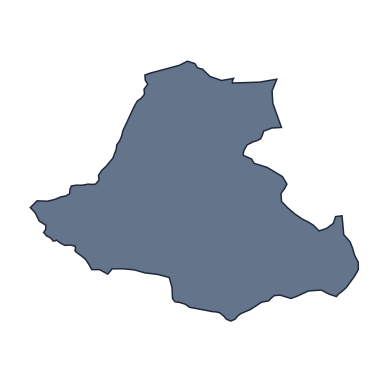 Anurādhapura, Natural Earth projection, rotated 87°
{"feature_id": "LKA-2455", "entity_name": "Anurādhapura", "entity_type": "District", "adm_level": 1, "iso_a3": "LKA", "parent_name": "Sri Lanka", "parent_adm1": "", "projection": "natural_earth1", "projection_center": [80.531, 8.366], "detail": "fine", "context": "isolated", "style": "filled", "palette": "slate", "viewbox_px": 384, "rotation_deg": 87, "n_neighbors": 0, "source": "natural_earth", "source_scale": "10m", "svg_char_len": 1859}
<svg xmlns="http://www.w3.org/2000/svg" viewBox="0 0 384 384"><g transform="rotate(87 192 192)"><path d="M307.0,200.5L303.7,204.5L301.8,209.7L300.7,214.8L297.5,217.0L286.2,217.0L276.2,219.2L272.5,230.5L270.4,242.9L266.7,254.0L265.0,265.5L264.6,275.7L269.6,280.4L264.7,288.4L264.3,296.2L259.0,298.7L254.2,301.5L250.9,304.8L246.0,310.8L244.5,312.0L242.6,311.4L240.1,311.4L238.6,316.1L238.7,321.6L236.3,325.9L233.0,329.8L233.6,331.1L233.7,333.2L232.1,334.3L230.3,335.8L228.4,339.3L224.7,342.3L221.6,340.0L217.5,339.8L213.0,346.1L204.5,349.7L199.1,354.3L192.7,347.2L193.6,337.0L192.4,330.0L190.0,323.2L189.3,318.2L187.2,314.2L183.1,313.8L179.6,312.1L179.1,307.0L179.5,301.6L178.7,295.3L179.2,291.6L179.1,287.9L175.3,284.3L170.5,284.5L165.9,281.2L161.8,276.4L154.1,269.3L145.7,265.5L141.0,264.7L137.2,261.6L132.4,259.3L127.4,257.9L104.0,245.5L98.5,242.0L95.7,237.8L91.9,234.3L86.8,234.5L82.2,230.6L77.9,232.8L72.7,232.9L71.1,227.6L64.8,197.9L61.1,189.7L63.9,182.4L68.1,180.1L69.3,177.4L69.6,175.4L77.6,167.9L82.2,156.6L80.7,144.5L82.8,145.7L85.3,146.0L85.8,118.7L83.8,101.4L95.1,106.7L107.5,106.7L132.2,99.3L132.3,108.9L134.9,117.2L138.8,118.7L142.5,120.7L144.1,124.3L145.1,128.3L147.8,134.5L153.1,137.8L155.8,138.7L158.2,138.8L162.1,130.8L166.6,128.5L171.3,115.8L181.3,100.9L189.1,96.8L193.8,99.6L198.1,103.2L206.1,103.1L212.9,97.2L219.3,90.5L224.9,83.1L227.9,77.6L231.5,72.6L237.5,67.1L235.4,59.5L230.7,52.5L224.1,49.9L223.6,43.4L242.5,42.7L249.9,36.8L256.5,34.6L263.5,33.0L270.7,29.7L278.1,29.9L284.6,34.1L295.6,43.0L299.5,47.9L301.6,51.1L304.0,53.2L301.0,60.8L296.7,68.1L296.9,80.8L301.6,92.6L303.5,98.8L299.6,109.4L299.8,115.4L302.0,118.2L304.7,121.2L305.7,128.3L312.4,139.8L316.0,149.6L318.3,152.9L321.2,155.5L322.9,160.0L320.8,164.4L317.2,167.1L314.1,170.6L313.0,174.2L312.5,177.9L307.0,200.5Z" fill="#64748b" stroke="#1e293b" stroke-width="1.5"/></g></svg>